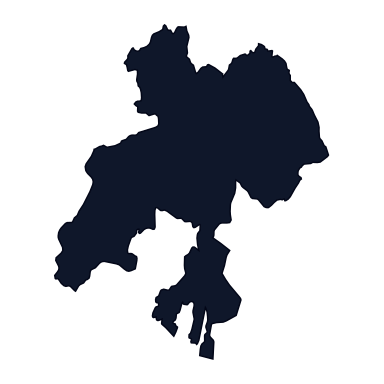 the State of Jalisco, rotated 181°
{"feature_id": "MEX-2719", "entity_name": "Jalisco", "entity_type": "State", "adm_level": 1, "iso_a3": "MEX", "parent_name": "Mexico", "parent_adm1": "", "projection": "equal_earth", "projection_center": [-103.449, 20.863], "detail": "fine", "context": "isolated", "style": "filled", "palette": "ink", "viewbox_px": 384, "rotation_deg": 181, "n_neighbors": 0, "source": "natural_earth", "source_scale": "10m", "svg_char_len": 6003}
<svg xmlns="http://www.w3.org/2000/svg" viewBox="0 0 384 384"><g transform="rotate(181 192 192)"><path d="M128.0,341.4L125.1,340.6L122.7,339.1L122.0,338.4L121.5,336.3L119.5,336.0L119.0,335.4L118.8,334.5L118.1,334.2L114.5,334.8L114.0,334.4L114.5,329.7L114.4,328.7L113.4,328.3L111.2,329.4L110.1,329.1L109.2,330.1L104.1,326.6L101.8,324.5L100.3,322.2L99.5,318.1L98.9,316.3L96.9,315.3L97.2,312.9L97.0,312.0L95.8,310.2L95.7,305.3L93.8,303.2L91.6,303.3L85.1,296.1L82.0,291.5L78.6,284.0L76.7,281.4L76.2,279.8L73.6,276.6L72.8,275.1L71.1,271.2L67.3,264.1L66.1,258.8L66.1,255.0L65.6,249.2L65.2,247.8L63.0,245.4L60.7,240.6L59.0,239.5L56.2,231.3L57.2,229.8L64.3,224.2L67.2,223.7L71.8,223.8L73.8,222.6L80.3,221.9L82.2,220.3L83.1,218.8L84.4,218.1L85.9,215.8L86.4,214.2L86.5,211.2L85.3,209.5L83.3,208.3L82.9,206.9L84.4,205.7L85.7,202.9L89.0,197.7L93.7,189.0L95.7,186.6L98.1,185.0L99.0,184.9L99.7,186.7L100.1,186.7L101.6,185.8L103.5,186.2L106.8,185.5L109.6,183.1L112.3,180.2L115.1,177.9L115.7,177.7L117.6,177.8L119.6,178.6L125.3,185.3L126.5,186.2L131.5,186.6L132.9,187.6L135.8,193.1L136.8,194.3L141.0,197.4L142.3,198.7L143.9,201.8L148.3,204.9L148.6,203.1L148.5,196.9L149.3,191.5L153.1,181.9L153.4,180.0L153.6,173.3L153.3,169.9L152.4,164.7L153.8,162.1L156.5,161.7L161.6,161.6L163.1,161.2L164.4,160.3L169.0,154.4L169.4,152.9L169.4,149.2L169.8,147.6L170.6,146.7L161.9,140.7L153.3,134.2L155.9,129.8L156.7,127.4L158.3,119.0L160.6,111.1L157.0,105.2L153.0,99.6L142.9,88.0L141.6,86.3L141.2,84.9L145.7,69.4L155.4,63.8L158.5,62.5L165.2,61.9L169.1,60.9L170.2,60.3L171.9,49.8L171.8,48.3L171.1,47.2L168.1,44.1L167.6,42.5L168.2,25.4L181.4,28.6L180.9,35.0L180.4,38.2L179.3,40.3L177.3,42.0L176.7,43.0L176.9,48.4L176.6,49.7L174.4,51.8L174.4,53.1L175.7,56.9L175.7,58.3L174.3,62.4L174.0,64.2L174.2,67.5L174.8,72.4L176.1,76.0L176.6,76.8L182.6,43.8L184.0,40.4L184.7,39.7L185.7,41.0L190.1,41.2L190.5,42.2L190.0,44.2L190.1,45.2L192.3,46.1L192.5,46.8L192.4,49.4L191.0,50.7L189.7,54.6L187.6,64.4L187.6,65.4L188.9,71.6L188.9,73.2L187.9,78.0L187.9,80.5L189.2,82.2L190.2,82.6L191.9,82.2L192.8,81.6L194.4,79.5L194.9,79.2L198.1,79.6L198.8,80.0L199.4,81.6L200.2,80.6L201.9,73.6L202.8,71.3L205.5,69.9L205.8,65.8L206.5,63.8L208.6,62.1L208.8,61.1L208.5,60.4L206.4,59.7L206.0,58.1L204.2,56.7L204.2,56.1L205.7,51.8L207.7,47.5L215.9,56.0L219.8,59.3L220.1,60.1L219.6,64.4L223.3,63.0L224.4,63.0L225.2,63.6L225.8,66.4L228.3,65.8L229.0,66.2L229.4,67.4L228.9,70.5L226.7,75.6L225.9,76.5L223.6,77.2L223.4,78.2L223.5,80.2L224.1,80.6L225.1,80.6L226.3,81.5L226.5,83.8L226.0,85.9L223.5,87.4L221.7,92.5L220.9,93.5L218.6,94.3L214.7,93.4L213.1,93.6L211.2,96.7L210.6,97.3L207.4,97.9L205.9,98.6L197.7,108.3L196.7,110.6L198.0,115.3L198.3,118.7L198.2,127.1L196.8,128.3L195.0,129.3L193.5,130.8L191.2,136.0L190.1,137.0L188.6,136.9L184.2,133.7L185.5,139.7L186.2,146.0L185.9,149.2L185.5,150.7L183.4,153.5L183.2,158.4L183.4,159.5L184.1,159.6L188.1,156.8L189.5,156.4L190.5,157.3L191.3,161.2L192.2,162.2L193.5,162.6L197.6,162.2L198.9,162.4L201.7,165.3L202.7,165.6L205.9,165.3L207.1,165.7L216.9,172.6L219.3,173.5L221.5,172.9L223.1,173.0L226.5,175.8L228.1,175.6L228.8,173.0L228.9,169.0L228.3,156.3L229.0,154.3L230.3,154.0L233.4,155.2L235.4,155.3L237.4,154.8L239.3,153.7L242.8,150.0L243.9,149.7L244.7,150.7L244.2,153.1L244.4,153.9L245.8,153.7L246.6,152.8L246.9,149.9L248.8,147.2L249.2,146.7L251.4,145.7L252.2,144.7L254.8,137.0L255.6,132.9L255.2,129.9L254.3,129.3L251.8,129.4L250.7,129.1L247.7,127.0L246.4,126.5L245.9,124.8L246.0,122.5L247.4,114.2L251.6,112.3L253.8,111.7L255.8,112.1L258.5,113.9L263.4,117.9L266.4,118.9L278.2,121.1L280.0,121.0L281.7,120.4L283.3,119.2L287.3,114.6L291.5,112.5L292.4,110.6L292.9,106.0L293.5,104.0L295.1,102.8L296.8,102.1L298.8,99.2L302.3,97.5L303.7,96.2L306.7,90.8L307.7,91.4L312.0,95.6L313.6,96.1L316.5,95.5L318.4,96.1L321.1,98.4L324.1,102.7L325.2,103.0L326.5,102.7L327.2,103.1L327.8,106.2L325.2,109.6L324.0,111.6L323.6,113.7L324.1,115.7L327.0,121.2L326.7,123.9L321.8,128.5L320.1,131.2L320.4,134.4L324.4,142.5L324.9,144.1L325.0,145.8L324.6,149.1L323.5,151.7L322.1,153.8L318.0,158.3L316.3,159.2L311.7,159.4L310.8,160.1L309.1,164.1L306.3,166.5L304.5,170.9L300.3,177.6L294.0,190.6L291.3,197.7L290.9,200.5L291.5,203.1L293.0,205.2L296.6,208.7L298.1,210.8L298.6,211.9L299.2,215.5L298.3,218.3L293.2,225.9L290.8,231.6L290.6,233.0L289.4,233.3L285.2,235.8L283.0,236.3L281.3,237.1L277.8,235.2L269.7,236.9L264.7,239.3L263.8,240.2L263.5,241.5L262.8,242.0L258.6,243.5L256.3,246.3L254.8,247.3L253.0,247.8L249.6,247.8L248.1,248.3L246.3,250.5L231.2,255.4L228.9,256.3L227.0,257.7L226.4,259.7L226.7,264.6L227.2,267.1L228.9,268.3L229.7,269.4L231.4,269.3L236.3,267.7L239.3,270.2L243.6,270.1L247.2,270.8L247.8,271.9L247.7,275.7L247.9,276.4L249.6,277.4L251.2,279.0L249.7,281.0L248.0,281.8L246.0,281.9L244.4,282.5L244.0,285.2L244.4,290.4L245.3,294.1L246.2,295.9L247.6,297.1L248.0,299.9L249.1,302.0L249.2,303.5L248.5,309.0L248.7,312.8L251.2,313.5L257.7,311.6L258.3,312.3L259.0,315.7L259.8,318.3L261.8,319.4L261.6,320.6L259.0,323.5L258.4,324.7L258.5,327.1L254.5,334.3L253.5,335.0L253.1,334.8L252.6,333.4L251.3,332.5L249.9,331.9L248.4,331.8L247.0,332.4L245.7,334.6L242.4,335.5L239.6,336.8L237.3,339.0L236.2,341.1L235.1,346.0L234.3,348.0L232.9,349.4L227.6,351.7L224.1,354.0L223.5,357.4L222.4,358.6L221.2,357.8L219.4,354.2L218.3,353.2L216.3,353.4L214.6,350.4L213.7,349.9L212.7,350.4L211.8,351.8L210.7,354.3L209.3,356.5L208.4,356.9L202.6,356.7L200.9,357.5L200.0,352.9L198.1,348.7L197.8,346.4L199.8,337.4L199.0,331.0L199.9,328.3L200.0,327.3L196.9,324.7L196.0,322.0L195.2,320.5L192.8,318.8L190.6,311.8L189.7,310.5L188.1,311.7L185.2,315.8L183.5,317.1L179.7,317.5L178.7,319.4L177.6,319.7L171.3,316.4L163.4,310.5L163.7,310.1L163.1,307.4L157.9,314.4L157.4,315.9L156.8,319.6L155.1,320.9L154.3,322.1L153.4,325.4L152.7,326.4L150.1,326.4L148.9,326.9L146.1,329.3L141.6,330.8L140.9,330.7L139.8,329.5L139.3,329.3L136.5,331.6L136.4,333.5L136.3,334.0L135.7,334.4L134.1,332.6L132.4,332.3L131.7,332.7L130.7,335.9L128.0,339.4L128.0,341.4Z" fill="#0f172a" stroke="#020617" stroke-width="1.5"/></g></svg>